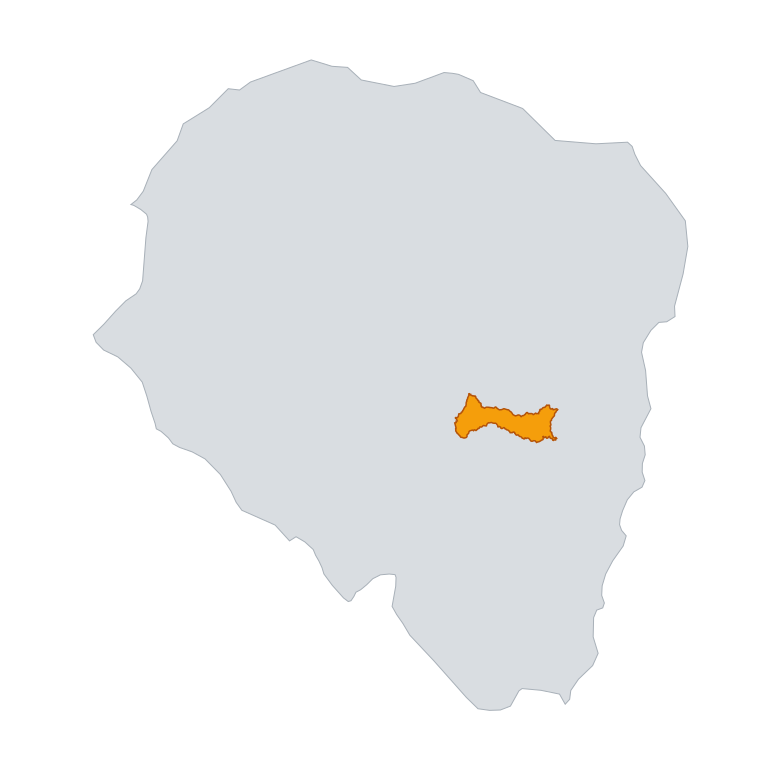 Guichón, Paysandú, Uruguay shown in context, rotated 184°
{"feature_id": "84410073B13799426117968", "entity_name": "Guichón", "entity_type": "district", "adm_level": 2, "iso_a3": "URY", "parent_name": "Uruguay", "parent_adm1": "Paysandú", "projection": "robinson", "projection_center": [-56.915, -32.321], "detail": "fine", "context": "in_parent", "style": "filled", "palette": "amber", "viewbox_px": 768, "rotation_deg": 184, "n_neighbors": 0, "source": "geoboundaries", "source_scale": "gbopen_adm2", "svg_char_len": 7632}
<svg xmlns="http://www.w3.org/2000/svg" viewBox="0 0 768 768"><g transform="rotate(184 384 384)"><path d="M649.0,545.4L643.5,550.3L637.6,559.5L630.5,581.7L607.3,612.2L602.4,629.5L577.6,647.4L560.0,667.7L548.6,667.2L538.3,675.9L479.2,702.2L458.1,697.3L442.4,697.3L427.9,685.7L394.7,681.5L373.9,686.2L345.8,698.9L337.4,698.7L331.3,698.1L316.2,692.8L308.0,681.5L264.9,668.5L230.3,638.9L189.3,638.4L157.9,642.2L153.0,638.3L149.8,630.7L143.3,619.8L116.2,593.7L94.8,567.8L90.5,542.4L93.3,514.7L99.6,481.9L98.4,471.6L106.3,465.8L114.1,464.6L121.5,456.1L128.2,443.3L129.3,433.6L124.0,415.7L120.3,390.5L116.0,378.0L124.6,358.3L124.9,348.7L119.9,340.3L118.5,331.6L120.7,322.7L120.3,314.1L117.0,305.9L119.4,299.1L127.3,293.8L133.2,285.5L137.1,274.4L139.1,265.9L139.2,260.1L136.8,254.6L131.8,249.4L134.1,239.1L143.5,223.6L149.6,209.9L152.3,197.9L152.1,188.3L148.9,180.9L150.2,175.9L156.0,173.3L158.6,165.6L157.7,146.3L151.6,130.3L156.2,117.7L169.4,103.1L176.3,91.3L176.8,82.4L180.9,77.2L187.3,86.9L206.1,89.4L225.0,89.8L228.0,87.3L235.4,71.5L245.2,66.9L255.9,65.8L267.6,66.6L280.0,77.1L315.0,111.4L340.7,135.2L348.5,146.5L355.3,154.9L360.4,162.7L358.2,183.1L358.5,192.0L359.7,194.6L365.5,194.8L374.2,193.4L381.6,189.0L387.3,182.5L393.0,177.1L397.5,174.3L399.2,170.0L401.8,165.5L404.5,164.5L409.5,167.8L421.5,179.5L430.7,190.3L433.0,196.4L436.6,202.9L440.3,208.4L443.0,213.9L452.0,221.0L461.1,225.5L467.3,220.9L482.8,235.7L517.0,248.1L523.2,255.6L529.0,266.2L540.9,282.3L557.3,296.8L570.6,302.9L583.4,306.4L590.5,309.6L595.3,315.2L603.1,321.2L608.0,323.4L609.6,328.7L614.5,340.5L619.7,355.3L625.3,369.0L637.6,382.2L651.5,392.5L666.0,398.3L674.1,405.5L677.5,412.9L667.6,424.1L656.8,438.0L647.3,449.0L637.5,456.7L634.3,461.9L632.0,470.1L631.7,513.5L630.7,529.7L631.4,534.0L632.7,536.8L638.8,541.1L646.0,544.7L649.0,545.4Z" fill="#d9dde1" stroke="#a8b0b8" stroke-width="1"/><path d="M260.4,348.2L260.0,347.6L259.3,347.6L258.6,346.9L257.2,346.7L256.3,346.1L256.0,345.7L255.5,345.5L255.1,344.9L254.9,344.3L254.2,344.2L253.5,344.4L252.8,344.3L252.4,344.8L252.0,344.8L251.2,345.2L250.9,345.1L250.1,344.4L250.1,343.9L249.6,343.6L249.3,343.0L248.7,342.4L247.8,342.2L247.1,342.6L246.5,342.5L246.0,342.0L245.3,341.2L244.1,341.0L243.3,340.7L242.7,340.1L242.3,339.5L241.8,339.6L240.8,339.0L240.2,339.0L239.8,339.5L239.7,340.0L239.3,340.1L238.5,339.5L237.7,340.0L236.8,340.1L235.8,339.9L234.3,338.3L233.4,337.3L232.6,337.2L231.9,337.3L230.6,337.9L229.2,337.8L228.8,337.5L227.8,336.3L227.3,336.5L226.7,336.9L225.4,337.2L223.6,338.3L223.1,338.9L221.9,339.4L221.5,339.7L221.4,341.6L221.7,342.3L221.8,342.6L221.4,342.8L221.1,342.6L220.4,341.9L220.0,341.7L219.1,342.6L218.9,342.6L218.2,341.5L217.8,341.2L217.4,341.3L216.5,341.9L216.4,342.1L216.3,342.7L215.9,342.9L215.6,343.2L215.4,343.3L215.1,343.1L214.9,342.5L214.6,341.8L213.6,341.3L212.6,341.2L212.2,341.0L211.9,340.5L211.9,340.1L211.8,339.9L211.7,339.7L211.1,339.5L210.6,340.0L210.1,340.1L208.9,340.1L208.8,341.0L207.9,341.7L208.6,342.5L208.9,342.7L209.2,342.6L209.5,342.2L210.2,342.0L210.7,342.4L211.5,342.7L211.7,342.9L211.8,343.7L212.3,344.4L212.8,345.0L212.9,346.0L213.3,346.5L213.3,347.4L214.6,348.2L214.9,348.8L214.6,350.9L214.8,352.6L215.3,353.3L215.3,353.9L214.8,354.4L214.7,355.3L215.1,356.4L215.4,357.7L215.3,358.6L214.4,359.4L214.4,360.1L214.4,360.6L213.0,362.7L211.8,364.2L211.8,365.8L211.7,366.7L210.7,367.7L210.4,368.5L210.2,369.2L209.3,369.9L208.9,370.6L209.8,371.2L210.1,371.3L211.2,371.0L212.4,370.4L213.0,370.2L213.4,370.2L213.5,370.2L213.8,370.8L213.9,371.0L214.5,371.2L215.0,370.8L215.9,370.7L216.5,371.1L217.3,372.8L217.4,374.0L217.9,374.5L219.1,374.1L219.3,374.1L220.0,374.4L220.4,373.6L221.1,373.2L221.8,372.0L223.5,371.6L224.1,371.1L224.9,370.0L225.4,369.6L226.3,369.7L226.9,368.8L226.6,368.4L226.9,367.5L227.7,366.5L227.6,365.6L227.7,365.2L228.1,365.3L228.7,365.3L229.6,365.0L230.0,365.2L230.6,365.5L231.0,365.4L231.3,365.1L231.4,364.9L231.8,364.6L232.3,364.4L232.6,364.0L233.1,363.9L233.2,364.0L233.6,364.4L234.5,364.8L235.0,364.8L235.5,364.6L236.3,364.8L236.8,364.6L237.3,364.5L237.8,364.4L238.2,364.9L238.4,364.9L239.0,365.5L239.5,365.5L239.9,365.3L240.2,364.8L240.5,364.5L240.8,364.2L241.0,363.5L241.7,363.1L242.4,362.4L243.0,362.1L243.8,362.1L244.3,361.6L244.7,361.1L244.8,361.1L245.0,361.0L245.4,361.3L246.1,362.1L246.8,362.4L247.0,362.4L247.7,362.5L248.5,362.3L249.3,361.8L250.1,361.6L250.4,361.4L250.9,361.4L252.0,361.9L252.9,362.3L253.1,362.4L253.4,362.7L255.0,364.8L255.4,365.0L255.6,365.1L256.7,365.8L257.5,366.6L257.8,366.8L258.1,366.9L258.6,367.0L258.8,366.9L259.8,367.1L262.4,367.7L262.8,367.7L264.7,366.7L265.0,366.6L266.9,366.3L267.1,366.3L267.4,366.4L269.6,367.7L269.6,367.8L269.8,368.0L270.3,368.5L270.9,368.8L271.1,368.8L271.4,368.8L271.6,368.6L272.4,367.9L272.5,367.7L272.8,367.6L273.3,367.6L273.6,367.6L274.3,367.8L274.6,367.9L276.5,367.9L276.8,367.9L276.8,368.0L278.8,368.1L280.3,368.0L280.7,367.8L281.0,367.6L281.7,367.1L282.0,367.0L282.1,366.9L282.6,367.2L283.1,367.3L283.4,367.4L283.6,367.7L284.0,367.9L284.5,367.6L284.8,367.8L285.1,368.1L285.3,368.4L285.6,368.8L285.4,369.2L285.5,369.4L285.6,369.6L285.7,369.9L285.9,370.3L285.9,370.6L285.8,370.8L285.9,371.3L286.0,371.5L286.5,371.8L287.0,371.9L287.4,372.2L287.6,372.2L287.8,372.4L288.2,372.7L288.1,372.9L288.0,373.0L288.2,373.5L288.3,373.7L288.6,373.8L288.8,373.8L289.1,374.4L289.3,374.6L289.5,374.5L289.7,375.0L289.9,375.3L290.3,375.6L290.6,375.8L290.7,376.0L291.1,376.3L291.3,376.4L291.5,377.0L291.5,377.3L291.7,377.9L291.9,378.1L292.1,378.3L292.4,378.4L292.7,378.4L292.9,378.3L293.0,378.1L293.4,378.3L293.6,378.4L293.8,378.4L294.0,378.3L294.6,378.5L295.0,378.3L295.4,378.6L295.6,378.7L295.8,378.7L296.0,378.7L296.4,378.9L296.8,379.1L296.8,379.7L297.3,379.7L297.5,379.6L297.9,380.1L298.1,380.3L298.6,380.4L298.8,380.7L298.7,380.3L298.8,379.8L298.5,379.2L298.4,378.9L298.4,378.7L298.6,378.5L298.8,378.2L298.9,377.8L299.0,377.5L299.3,376.8L299.6,375.9L299.6,375.1L299.8,374.6L300.1,374.3L300.1,374.0L300.3,373.2L300.2,372.4L300.3,372.2L300.5,372.0L300.6,371.8L300.7,371.3L300.6,370.8L300.7,370.4L300.7,370.0L300.7,369.8L300.6,369.5L300.6,369.0L300.8,368.5L300.8,368.1L300.8,367.8L300.8,367.6L300.9,367.4L301.1,367.3L301.2,367.1L301.5,367.0L301.6,366.9L302.1,366.2L302.2,365.8L302.6,365.0L302.7,364.8L302.7,364.6L302.9,364.1L303.1,363.7L303.5,363.0L303.7,362.8L303.8,362.2L303.8,361.9L304.4,361.4L304.8,361.3L304.9,361.1L305.0,360.8L305.2,360.3L305.2,360.1L305.3,360.0L305.5,359.8L306.0,359.8L306.6,359.6L306.8,359.4L307.3,359.4L307.4,359.2L307.3,358.9L307.4,358.3L307.5,358.1L307.5,357.6L307.5,357.3L307.6,357.1L307.6,356.7L307.8,356.5L308.0,356.3L308.3,355.9L308.4,355.7L308.6,355.6L309.0,355.5L309.6,355.6L309.8,355.6L310.1,355.6L310.4,355.3L310.2,354.6L309.5,354.6L308.3,352.3L309.3,351.8L309.5,351.8L309.3,350.6L310.7,350.1L309.0,345.0L309.4,344.7L309.4,344.0L309.1,343.4L309.2,342.2L308.3,341.1L308.1,340.4L307.5,340.2L307.2,339.6L306.4,339.2L305.8,338.4L304.7,337.7L304.5,337.1L303.6,336.2L302.5,336.2L300.8,335.7L299.6,335.8L298.0,336.5L297.5,337.6L297.7,338.9L296.1,340.8L295.9,342.4L295.2,343.2L292.9,344.1L292.4,344.2L291.5,343.6L291.3,343.7L290.8,344.6L290.1,344.5L289.1,344.0L288.8,344.1L288.4,344.8L287.7,345.1L287.4,345.4L287.2,346.1L286.9,346.4L286.2,346.3L285.7,346.8L285.3,347.9L283.6,347.9L282.8,348.6L282.3,349.3L281.6,349.6L280.7,349.4L279.9,349.3L278.9,349.4L278.8,349.8L278.6,351.0L277.2,352.6L276.0,352.6L275.1,352.9L274.0,353.1L272.6,352.6L271.0,352.5L270.4,352.7L269.2,352.3L267.6,350.4L267.5,349.3L266.9,349.2L266.4,349.3L265.8,349.6L264.7,349.1L264.5,348.3L263.8,347.8L262.8,347.9L261.6,348.8L261.0,348.8L260.4,348.2Z" fill="#f59e0b" stroke="#b45309" stroke-width="1.5"/></g></svg>